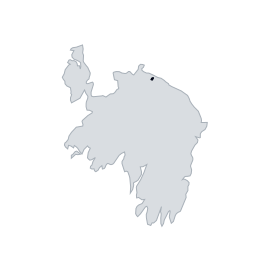 Drogheda Urban Lea-6, Meath, Ireland (highlighted), rotated 309°
{"feature_id": "5873133B90869984679235", "entity_name": "Drogheda Urban Lea-6", "entity_type": "district", "adm_level": 2, "iso_a3": "IRL", "parent_name": "Ireland", "parent_adm1": "Meath", "projection": "mercator", "projection_center": [-6.346, 53.714], "detail": "fine", "context": "in_parent", "style": "filled", "palette": "ink", "viewbox_px": 256, "rotation_deg": 309, "n_neighbors": 0, "source": "geoboundaries", "source_scale": "gbopen_adm2", "svg_char_len": 3917}
<svg xmlns="http://www.w3.org/2000/svg" viewBox="0 0 256 256"><g transform="rotate(309 128 128)"><path d="M156.5,47.7L151.9,51.0L151.2,52.2L150.0,57.1L149.8,58.5L147.0,64.0L145.3,65.1L142.9,66.0L141.6,66.8L139.8,66.4L137.7,66.5L136.6,67.4L136.6,68.2L137.3,69.0L141.3,71.5L141.1,72.6L139.9,73.8L132.7,76.7L130.6,78.4L129.8,79.6L130.6,81.5L136.4,87.4L137.3,88.0L138.2,91.4L143.3,92.8L145.3,94.9L147.1,95.4L151.0,95.2L152.6,96.0L153.5,95.4L154.0,94.3L158.3,90.2L157.0,87.1L161.4,81.8L162.6,81.9L164.6,83.5L166.3,85.8L166.9,88.7L168.5,91.4L169.5,92.3L172.3,92.9L173.0,93.9L172.5,97.8L172.9,99.1L180.0,99.0L182.8,97.3L185.3,97.6L186.5,99.3L187.1,101.1L184.9,101.8L182.7,101.4L181.6,102.6L181.6,104.8L182.3,107.7L183.8,109.7L185.0,114.3L186.0,119.4L187.5,122.5L187.8,126.3L187.6,128.2L187.9,131.6L187.2,132.7L187.7,135.9L190.3,146.0L190.8,153.8L189.5,156.8L187.8,159.5L186.7,162.8L185.9,166.4L185.3,172.1L181.6,178.7L180.1,180.4L178.3,181.4L182.2,186.1L179.0,188.1L175.4,188.8L171.5,187.6L169.1,187.8L166.0,190.2L165.3,189.7L163.8,185.9L162.7,189.9L160.4,191.1L156.6,190.8L150.1,191.9L147.6,193.0L146.6,194.7L145.8,196.8L144.8,197.9L143.7,198.6L138.7,200.1L137.7,200.6L135.4,203.9L132.3,205.8L129.8,206.3L127.6,204.4L126.7,203.3L125.7,202.7L122.2,202.8L123.3,203.4L124.0,204.7L124.4,207.3L124.0,209.8L122.3,211.0L120.3,211.3L117.1,213.9L112.9,214.6L110.6,216.9L96.7,221.0L95.9,221.0L94.0,220.0L91.9,219.5L89.8,219.8L84.0,222.1L81.2,221.6L84.8,216.1L89.6,213.3L90.1,212.5L88.5,212.1L79.3,214.1L76.2,215.7L73.0,216.2L74.4,213.7L78.6,210.2L82.1,207.9L83.6,205.8L88.0,203.5L74.0,208.3L70.3,207.7L69.5,206.4L66.6,207.0L65.5,203.8L69.8,198.8L72.2,196.7L75.2,195.5L78.0,193.9L79.0,191.9L77.7,191.2L69.3,191.7L65.2,191.3L65.4,189.7L66.2,187.9L70.4,184.9L72.6,184.4L74.7,184.7L78.2,186.5L83.0,185.9L81.0,184.0L80.7,180.0L79.1,178.7L81.1,176.8L83.3,175.7L87.0,171.9L88.3,171.3L95.7,170.4L103.6,168.4L111.5,165.6L107.4,164.0L105.5,162.0L102.4,166.1L100.2,167.7L93.9,168.6L91.9,168.1L89.1,166.8L88.2,167.3L87.4,168.3L83.2,170.3L78.8,170.8L83.9,167.1L90.4,160.8L91.8,158.8L93.9,155.3L93.3,153.7L91.9,152.9L96.6,145.7L98.3,144.4L101.3,144.1L103.5,143.0L104.4,143.0L105.3,142.6L107.2,140.4L104.3,139.0L101.2,138.3L91.7,139.1L90.4,138.9L89.2,138.2L88.5,137.3L87.9,134.8L87.2,134.3L85.1,134.3L82.9,135.0L81.5,135.0L80.0,133.9L82.3,131.4L79.3,130.8L76.3,131.3L73.8,130.5L73.7,128.9L74.9,127.3L73.4,125.8L73.1,123.9L74.7,123.0L76.4,123.3L79.9,121.9L84.5,121.2L80.6,119.8L79.0,118.6L79.0,116.8L79.3,115.3L83.8,112.6L88.6,111.4L88.2,109.7L88.6,107.8L83.7,107.3L78.9,108.6L79.4,105.0L80.6,101.7L80.8,99.6L80.6,97.3L78.3,98.2L78.1,95.0L77.1,92.7L73.8,94.3L73.9,91.3L74.8,89.3L76.6,88.4L78.3,88.8L81.5,88.7L84.6,87.2L89.0,86.8L96.1,87.3L101.0,91.6L102.3,90.9L104.2,88.1L105.2,87.8L112.5,89.0L117.1,90.6L118.3,90.1L117.6,87.0L116.1,84.9L118.1,82.1L120.5,80.2L122.1,79.2L125.8,78.0L127.4,76.9L128.5,73.3L130.2,70.3L120.9,71.9L112.0,68.3L113.4,65.8L115.3,64.3L118.5,63.2L118.8,61.9L120.5,60.8L123.1,57.9L122.2,54.1L122.7,51.3L124.6,49.5L125.2,46.9L126.1,45.0L130.0,44.3L133.8,42.5L139.7,42.3L141.2,43.0L140.8,39.9L143.6,39.4L144.7,40.1L145.1,42.3L146.4,43.7L146.8,46.2L145.9,48.1L144.5,49.6L145.8,51.1L143.8,53.8L146.0,52.7L149.0,50.0L148.9,47.8L148.3,45.1L147.5,42.6L147.9,39.9L149.6,38.2L154.1,37.3L152.3,34.2L153.9,33.9L155.7,34.6L158.3,37.0L163.9,40.4L161.2,43.4L157.8,45.5L156.5,47.7ZM77.9,106.2L77.8,107.6L75.7,105.8L74.6,103.9L68.8,103.0L71.2,101.1L72.4,101.7L76.5,101.8L77.7,102.6L77.9,106.2Z" fill="#d9dde1" stroke="#a8b0b8" stroke-width="1"/><path d="M180.3,115.7L180.3,115.8L180.6,115.9L180.6,116.1L180.7,116.3L180.8,116.6L181.0,116.6L181.1,116.4L181.4,116.3L181.6,116.3L182.1,116.2L182.1,116.3L182.1,116.5L182.1,116.4L182.3,116.4L182.5,116.3L182.6,116.2L182.4,116.1L182.3,115.9L182.5,115.7L182.4,115.6L182.2,115.6L181.4,115.2L180.7,115.6L180.8,115.8L180.7,115.8L180.3,115.7Z" fill="#0f172a" stroke="#020617" stroke-width="1.5"/></g></svg>